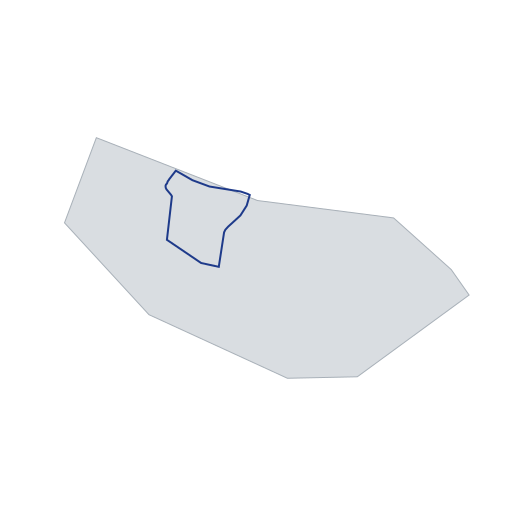 Saint Paul highlighted on a map of Dominica, rotated 124°
{"feature_id": "DMA-1440", "entity_name": "Saint Paul", "entity_type": "Parish", "adm_level": 1, "iso_a3": "DMA", "parent_name": "Dominica", "parent_adm1": "", "projection": "mercator", "projection_center": [-61.378, 15.359], "detail": "fine", "context": "in_parent", "style": "outline", "palette": "blue", "viewbox_px": 512, "rotation_deg": 124, "n_neighbors": 0, "source": "natural_earth", "source_scale": "10m", "svg_char_len": 730}
<svg xmlns="http://www.w3.org/2000/svg" viewBox="0 0 512 512"><g transform="rotate(124 256 256)"><path d="M335.6,433.3L247.2,454.5L209.2,285.8L147.5,163.2L158.1,86.5L169.2,57.5L299.5,104.5L339.8,161.6L364.5,311.9L335.6,433.3Z" fill="#d9dde1" stroke="#a8b0b8" stroke-width="1"/><path d="M230.1,370.2L228.7,351.1L224.4,333.4L211.1,304.7L209.2,297.7L208.9,295.3L219.4,291.9L231.1,291.6L247.2,295.5L251.3,296.1L254.2,295.7L285.8,280.8L292.5,297.6L292.4,338.9L253.5,359.1L253.2,359.8L253.0,360.2L252.8,360.6L250.8,367.5L249.9,369.0L248.5,370.2L247.8,370.4L247.1,370.6L246.7,370.5L246.3,370.4L245.9,370.4L245.4,370.4L243.6,370.9L243.0,370.9L241.3,370.8L241.1,370.9L230.1,370.2Z" fill="none" stroke="#1e3a8a" stroke-width="2"/></g></svg>